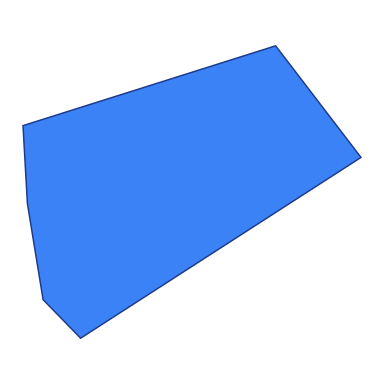 Vacoas-Phoenix, Robinson projection
{"feature_id": "MUS-5196", "entity_name": "Vacoas-Phoenix", "entity_type": "City", "adm_level": 1, "iso_a3": "MUS", "parent_name": "Mauritius", "parent_adm1": "", "projection": "robinson", "projection_center": [57.481, -20.303], "detail": "fine", "context": "isolated", "style": "filled", "palette": "blue", "viewbox_px": 384, "rotation_deg": 0, "n_neighbors": 0, "source": "natural_earth", "source_scale": "10m", "svg_char_len": 222}
<svg xmlns="http://www.w3.org/2000/svg" viewBox="0 0 384 384"><path d="M80.6,338.2L43.1,299.7L27.4,203.5L23.0,125.6L275.6,45.8L361.0,157.4L139.2,300.4L80.6,338.2Z" fill="#3b82f6" stroke="#1e3a8a" stroke-width="1.5"/></svg>